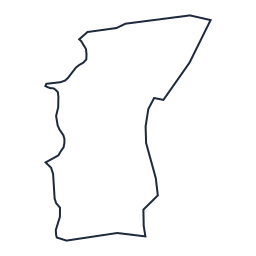 map outline of Sangre Grande (Natural Earth projection)
{"feature_id": "TTO-54", "entity_name": "Sangre Grande", "entity_type": "Region", "adm_level": 1, "iso_a3": "TTO", "parent_name": "Trinidad and Tobago", "parent_adm1": "", "projection": "natural_earth1", "projection_center": [-61.154, 10.651], "detail": "fine", "context": "isolated", "style": "outline", "palette": "slate", "viewbox_px": 256, "rotation_deg": 0, "n_neighbors": 0, "source": "natural_earth", "source_scale": "10m", "svg_char_len": 753}
<svg xmlns="http://www.w3.org/2000/svg" viewBox="0 0 256 256"><path d="M79.2,39.3L87.5,32.0L116.5,28.0L125.5,23.7L189.9,15.4L210.6,20.1L189.5,62.7L163.4,99.9L154.1,98.0L148.3,109.1L145.6,126.4L146.1,143.0L155.8,178.2L157.8,195.4L143.4,209.6L143.7,225.9L145.4,236.4L117.1,233.0L66.5,240.6L56.8,237.5L56.1,235.0L55.8,230.0L59.9,216.9L60.0,207.7L56.1,203.1L54.6,198.4L53.1,174.0L51.1,167.8L45.6,162.4L58.4,155.4L60.5,151.7L63.6,147.2L64.4,143.0L64.4,138.9L63.4,135.3L59.6,129.7L57.7,125.6L56.1,116.0L58.2,107.3L58.4,97.0L57.9,92.2L55.3,89.5L53.2,88.3L50.1,88.1L47.5,87.1L45.4,86.1L46.3,83.8L60.4,82.2L65.0,80.6L67.8,78.1L75.9,67.6L79.2,65.0L83.4,62.6L86.3,59.4L86.5,54.3L86.0,49.1L81.2,41.1L79.2,39.3Z" fill="none" stroke="#1e293b" stroke-width="2"/></svg>